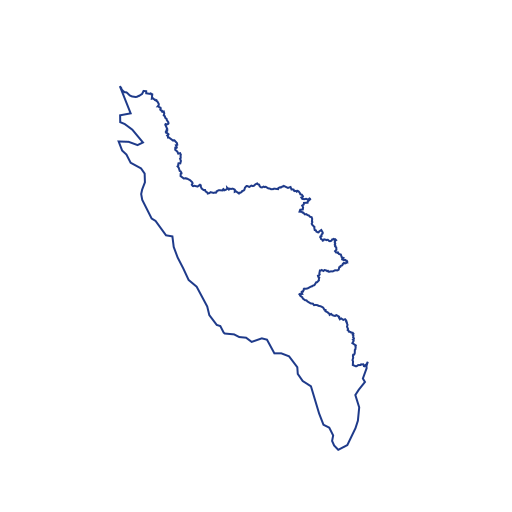 At-Bashy, Naryn, Kyrgyzstan (orthographic projection), rotated 246°
{"feature_id": "92254566B65067062849500", "entity_name": "At-Bashy", "entity_type": "district", "adm_level": 2, "iso_a3": "KGZ", "parent_name": "Kyrgyzstan", "parent_adm1": "Naryn", "projection": "orthographic", "projection_center": [76.301, 40.827], "detail": "fine", "context": "isolated", "style": "outline", "palette": "blue", "viewbox_px": 512, "rotation_deg": 246, "n_neighbors": 0, "source": "geoboundaries", "source_scale": "gbopen_adm2", "svg_char_len": 6151}
<svg xmlns="http://www.w3.org/2000/svg" viewBox="0 0 512 512"><g transform="rotate(246 256 256)"><path d="M46.1,262.5L58.2,276.8L64.1,282.1L75.7,288.7L88.6,290.2L92.1,295.6L96.6,304.3L100.6,303.8L108.5,311.4L110.6,312.2L113.9,315.1L112.1,312.9L112.0,312.1L111.1,310.3L111.5,309.8L112.6,310.1L113.5,309.9L113.8,308.5L114.3,308.0L113.9,307.1L114.8,304.9L114.5,303.9L114.5,302.5L117.0,300.1L120.3,301.8L121.6,301.8L123.5,303.4L125.3,303.9L126.3,304.6L126.0,305.6L127.1,306.7L130.0,308.1L130.3,308.8L132.4,310.1L133.1,310.1L133.7,310.8L137.2,308.6L138.4,310.3L139.2,310.9L140.1,310.6L140.2,311.3L141.0,312.0L142.1,311.6L143.6,312.6L144.7,312.3L145.3,313.4L146.6,313.1L147.2,311.8L148.0,311.6L149.1,310.1L149.6,310.3L151.1,309.6L151.8,310.4L154.4,310.4L155.9,311.6L157.9,311.7L158.5,312.1L159.4,311.6L160.3,312.2L162.0,311.7L162.1,309.8L164.5,308.3L164.1,306.9L166.2,306.7L166.8,307.2L169.3,305.4L169.3,304.5L169.0,304.2L169.4,303.3L170.9,301.7L172.5,301.1L172.3,299.4L173.5,299.6L174.2,298.9L175.2,298.7L177.3,297.0L178.3,297.6L179.1,296.6L181.4,296.4L182.1,296.0L183.8,294.6L185.2,292.6L185.9,292.4L187.0,290.7L187.5,289.0L189.3,288.6L190.4,286.7L193.7,284.4L194.9,284.1L195.7,282.8L198.1,281.5L199.5,281.5L201.5,280.3L202.4,280.2L202.8,280.5L203.4,280.2L203.5,280.6L202.7,281.6L202.9,282.2L202.6,282.8L204.5,282.9L204.8,283.6L204.4,284.5L205.0,284.9L205.2,285.5L206.4,286.2L206.6,286.7L205.8,288.2L205.4,290.0L205.7,293.5L205.5,295.0L205.8,295.4L205.6,297.5L207.5,300.3L207.2,301.1L208.2,303.6L209.4,304.0L210.5,305.0L211.6,304.4L212.8,304.6L212.7,305.8L213.3,306.7L214.2,306.7L216.8,308.5L216.3,309.6L216.5,310.3L214.9,311.5L215.3,312.9L214.2,314.3L213.1,314.9L213.2,315.7L211.9,316.2L211.5,318.2L210.7,319.9L210.8,322.4L209.7,324.6L209.9,326.0L211.9,327.5L211.8,328.6L212.4,329.0L212.5,329.8L212.4,330.9L213.0,331.9L213.5,332.1L214.0,333.6L213.0,334.2L212.9,335.3L213.2,335.7L213.0,336.5L213.5,336.4L213.9,337.1L214.7,337.0L215.0,336.4L215.6,336.1L216.0,336.1L216.4,335.6L216.5,334.6L217.9,333.3L218.2,333.4L218.7,335.0L220.1,333.8L222.8,334.1L224.1,332.6L225.9,332.3L225.8,331.8L226.2,331.7L226.6,330.6L228.3,330.2L229.0,332.0L231.2,332.8L232.6,332.2L233.1,332.7L234.2,332.5L234.9,333.4L236.1,333.3L236.6,333.9L237.6,334.0L237.9,335.6L239.1,335.2L239.2,334.6L240.0,334.0L239.8,333.3L240.2,332.5L239.3,331.1L239.4,329.7L239.8,329.0L241.6,328.2L241.9,327.5L241.8,326.9L243.3,325.4L243.5,324.6L242.8,323.9L242.9,323.2L243.7,323.3L245.2,322.3L246.1,322.6L247.0,322.3L247.7,322.8L247.6,324.0L248.4,324.2L249.1,324.9L249.4,326.0L250.3,326.5L253.2,326.2L252.7,323.7L252.2,322.9L252.2,322.4L253.7,321.1L255.1,321.1L255.8,320.2L258.1,320.7L258.7,321.2L261.5,320.1L262.8,320.0L264.1,321.3L264.9,321.2L267.0,322.4L268.8,322.6L270.0,321.2L271.5,320.8L272.5,319.6L273.7,319.1L274.2,317.5L276.4,316.9L276.6,316.2L277.7,315.8L278.8,313.8L280.3,315.2L279.5,317.7L281.3,318.8L283.3,318.7L283.6,320.5L285.0,321.4L283.7,324.8L284.7,325.4L285.8,328.6L286.2,328.6L286.8,328.3L286.4,327.0L286.7,326.1L287.9,325.0L288.2,323.4L289.3,321.5L291.0,321.2L291.0,322.7L291.4,323.2L293.4,322.8L294.3,321.6L295.7,321.7L297.7,321.2L298.6,320.5L298.2,319.4L299.2,319.1L299.6,317.6L300.3,317.2L301.3,317.4L302.0,316.6L302.3,315.5L305.0,315.6L305.2,312.9L308.7,309.9L308.5,309.5L308.5,308.8L308.8,308.5L308.4,306.5L309.0,306.1L309.0,304.1L308.1,303.4L310.2,299.9L310.1,298.9L310.9,296.9L312.1,295.9L312.8,294.7L315.3,293.0L315.5,291.8L316.3,291.2L316.2,289.3L317.0,288.2L318.8,287.7L319.9,287.9L320.9,286.8L321.8,286.6L321.7,284.6L321.0,282.6L321.2,281.5L322.2,280.4L321.8,277.9L323.3,276.7L323.8,275.8L322.9,273.7L321.2,272.3L320.8,271.2L321.0,269.8L320.5,269.3L320.1,267.6L320.6,266.4L320.1,265.8L323.3,264.0L323.3,262.7L325.2,263.6L326.4,262.7L327.1,261.9L327.3,260.7L328.1,259.4L327.9,258.9L328.4,258.7L328.0,258.1L330.0,257.4L329.1,257.1L328.8,255.5L328.9,253.8L330.4,253.5L330.3,253.0L329.5,252.1L331.2,248.9L331.2,247.6L331.1,246.3L330.4,245.8L330.1,245.1L330.7,244.2L330.9,242.9L332.8,240.4L332.4,239.1L332.7,237.3L333.7,237.4L335.5,236.2L337.0,236.3L337.5,235.0L339.7,233.8L342.1,233.8L343.0,234.3L343.9,233.8L343.2,230.9L345.3,228.1L345.3,227.1L345.6,226.7L347.2,226.3L348.3,227.7L349.4,227.7L352.1,226.6L355.0,224.3L355.0,223.7L355.7,223.4L356.1,221.6L359.7,219.6L361.7,220.6L361.7,221.5L362.1,221.7L363.9,221.6L364.7,220.9L368.0,221.3L369.8,220.8L370.1,221.8L371.2,222.1L372.2,222.9L371.4,224.5L373.4,226.1L375.8,226.2L376.2,227.1L378.6,228.0L379.0,228.5L380.8,228.5L381.1,226.6L383.4,226.6L385.9,225.4L387.7,226.3L387.1,227.4L387.4,227.8L389.7,227.9L389.5,228.5L389.6,229.3L391.3,229.7L394.9,228.5L395.2,228.1L395.1,227.2L399.6,224.7L400.0,223.8L400.8,224.2L402.2,223.9L402.3,225.0L402.8,225.6L404.8,224.7L405.0,224.1L406.0,224.0L406.6,224.7L406.3,225.3L406.5,225.8L407.4,225.6L408.0,226.0L408.1,226.6L412.8,226.5L413.3,227.1L412.4,228.2L412.4,229.4L412.6,229.9L413.8,230.3L416.5,229.8L417.6,230.1L419.1,229.3L420.8,229.6L422.0,228.9L423.6,230.2L425.6,230.5L425.7,229.2L426.0,228.9L427.0,229.2L427.9,228.2L428.7,228.1L429.4,228.9L430.3,229.1L431.3,228.1L432.5,227.7L432.7,227.2L433.4,228.5L434.3,229.0L437.2,228.8L437.8,228.3L438.8,228.4L438.8,227.8L439.6,227.1L440.1,227.2L440.9,226.4L441.9,226.1L442.1,224.8L445.9,227.0L446.3,226.7L446.3,226.1L447.4,225.9L447.4,224.8L449.3,221.9L451.2,222.7L452.5,220.4L450.4,217.9L449.8,214.2L450.1,213.7L449.8,212.7L450.1,210.9L452.2,207.6L454.0,206.0L457.7,204.5L458.5,203.8L458.9,202.7L460.7,201.7L463.1,200.9L464.1,201.2L466.5,200.7L437.3,199.5L439.8,189.1L433.5,186.4L430.0,189.7L421.7,194.4L405.7,198.9L405.5,192.9L412.1,186.1L416.5,177.1L406.8,176.6L401.4,178.9L392.2,179.4L382.8,186.6L376.6,187.8L368.5,184.5L363.0,179.0L359.3,176.3L353.6,174.9L332.7,175.9L328.9,178.5L311.5,182.2L307.9,187.6L297.7,184.5L286.5,183.8L274.3,184.5L261.5,184.7L252.1,189.3L229.7,190.9L221.0,189.3L209.0,192.1L206.5,194.9L199.2,195.3L197.9,195.9L193.3,204.1L188.8,207.7L185.4,213.7L179.3,217.1L178.4,227.8L175.1,232.0L159.6,233.2L156.8,239.5L150.9,245.4L137.6,248.5L131.3,246.2L122.8,247.8L114.6,253.2L86.6,249.6L74.4,249.0L69.4,253.1L60.7,253.5L56.1,250.3L51.1,250.3L45.5,252.3L46.1,262.5Z" fill="none" stroke="#1e3a8a" stroke-width="2"/></g></svg>